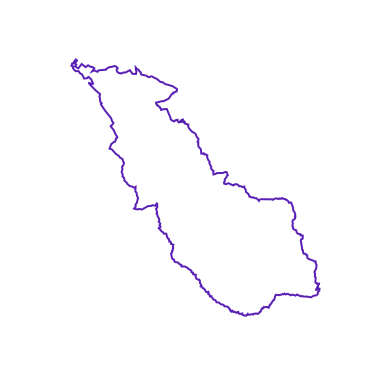 Gura Calitei, Vrancea, Romania (Natural Earth projection), rotated 194°
{"feature_id": "2599482B12509876512521", "entity_name": "Gura Calitei", "entity_type": "district", "adm_level": 2, "iso_a3": "ROU", "parent_name": "Romania", "parent_adm1": "Vrancea", "projection": "natural_earth1", "projection_center": [26.933, 45.627], "detail": "fine", "context": "isolated", "style": "outline", "palette": "violet", "viewbox_px": 384, "rotation_deg": 194, "n_neighbors": 0, "source": "geoboundaries", "source_scale": "gbopen_adm2", "svg_char_len": 5991}
<svg xmlns="http://www.w3.org/2000/svg" viewBox="0 0 384 384"><g transform="rotate(194 192 192)"><path d="M336.8,292.5L339.0,287.2L339.4,287.3L339.4,285.2L337.9,285.1L337.3,283.2L335.1,281.6L333.7,281.2L331.7,281.8L331.0,281.6L329.5,280.2L327.0,279.4L324.1,276.0L321.2,277.1L320.6,278.4L320.1,278.7L316.7,276.6L314.2,273.2L315.3,272.6L318.1,273.0L318.2,272.4L310.8,267.7L304.9,264.7L304.9,262.0L304.2,261.2L302.8,257.3L301.2,256.3L301.7,255.6L301.5,254.9L295.9,249.8L288.3,244.0L286.6,241.3L284.9,240.0L285.8,237.7L286.8,236.5L286.8,236.1L283.2,233.3L279.7,229.0L278.0,227.6L277.7,226.6L278.8,225.5L278.5,223.7L278.9,222.2L279.8,221.7L281.9,219.0L282.5,214.1L280.2,214.0L275.3,210.7L271.7,209.3L270.3,208.0L267.3,207.1L266.4,205.3L265.0,203.7L265.1,201.6L266.0,199.4L265.0,197.5L265.1,194.3L263.4,192.2L263.3,190.6L262.7,189.9L261.7,189.6L260.9,188.5L260.4,186.7L258.0,185.5L256.4,184.0L253.6,182.7L251.0,182.8L249.1,182.1L248.0,183.3L247.1,178.9L245.5,177.7L244.5,175.0L242.7,172.9L243.0,171.6L242.8,168.2L243.6,166.6L243.7,165.7L243.1,164.2L244.2,161.9L242.2,161.7L239.6,162.3L239.2,162.8L236.4,162.9L231.2,167.7L228.4,168.6L226.8,169.7L224.3,169.8L223.4,172.4L223.0,172.3L223.1,171.6L222.3,170.1L222.0,168.6L222.9,167.1L221.2,164.3L220.9,163.3L221.1,162.5L220.3,162.1L219.7,160.4L217.6,158.3L216.9,156.8L217.1,155.0L215.2,153.8L215.1,152.5L215.5,151.9L214.1,150.7L214.5,149.7L215.5,149.1L215.5,148.8L212.8,147.2L212.2,146.5L210.3,145.9L209.4,144.8L206.9,145.3L205.0,141.9L203.7,140.9L203.0,140.8L202.1,138.5L201.4,138.8L200.5,138.3L199.9,136.6L199.1,136.7L197.3,136.2L197.6,135.6L197.2,133.9L196.6,133.2L196.9,132.1L196.6,130.6L197.2,130.0L196.7,128.6L197.5,127.3L195.3,122.9L193.9,122.1L193.1,122.0L192.9,121.3L191.6,120.0L188.4,120.2L187.5,119.3L184.6,118.6L184.6,117.5L183.8,117.2L181.2,118.0L177.6,117.2L176.8,116.5L173.6,115.6L173.4,114.4L172.8,113.9L171.4,114.0L171.0,112.5L168.2,112.5L168.4,111.4L166.8,109.0L164.6,108.4L163.8,108.7L163.0,108.0L162.2,105.6L160.3,103.6L160.7,102.5L158.8,102.0L158.5,101.4L157.1,101.2L155.7,100.2L154.4,98.6L153.0,98.4L152.0,99.1L151.4,98.1L151.5,96.9L150.1,96.6L149.4,95.1L148.0,95.6L147.8,94.8L146.1,93.9L145.4,93.0L143.0,92.6L141.5,90.9L139.3,91.3L136.9,90.1L134.9,90.2L133.6,89.8L132.9,89.0L130.0,89.3L128.5,88.8L127.8,87.8L126.9,87.5L126.1,86.1L124.8,85.4L124.5,85.7L124.8,86.4L124.4,86.7L123.8,86.6L122.8,85.6L121.3,86.1L120.4,85.6L119.1,85.7L118.7,86.6L118.1,86.9L117.1,85.4L115.9,85.3L113.8,86.3L113.5,85.1L110.8,84.8L109.5,85.2L109.4,86.0L108.6,86.1L108.3,87.2L107.6,86.7L106.7,86.7L104.0,88.1L103.1,87.9L102.5,88.9L101.2,89.1L100.5,89.7L98.7,89.6L97.6,90.8L97.2,92.2L96.4,92.6L96.1,95.3L95.4,95.7L95.6,96.4L94.8,96.8L94.4,97.9L93.5,97.8L91.6,98.6L89.6,98.2L89.7,99.5L89.1,100.1L89.1,101.7L88.4,102.2L87.1,106.5L86.2,107.1L86.1,111.3L85.8,112.5L81.8,113.2L79.6,114.8L78.5,114.8L77.8,115.8L76.2,115.3L75.2,116.1L73.9,116.3L71.0,115.7L69.6,116.8L66.5,116.5L65.3,117.9L61.1,117.1L59.9,117.8L58.5,117.5L54.6,118.4L51.6,118.5L50.7,118.9L48.9,120.8L46.3,121.8L45.3,123.5L45.6,125.5L44.6,126.8L44.9,129.0L45.7,128.8L47.4,127.1L48.1,127.2L48.0,127.8L47.3,128.7L47.5,129.9L46.6,130.0L47.1,131.7L47.0,132.7L46.5,133.1L46.6,133.8L48.6,133.2L48.9,133.8L50.2,133.9L50.5,134.4L51.3,139.1L52.3,139.5L52.8,142.5L53.8,143.9L53.6,145.7L53.0,147.1L53.2,149.5L53.5,151.2L54.7,152.7L55.2,154.5L56.5,154.2L57.3,154.7L62.8,155.3L64.3,156.2L65.0,158.6L66.0,158.6L66.8,159.5L68.6,159.2L69.4,159.9L70.4,162.4L71.2,162.8L72.2,165.7L73.4,167.9L73.8,169.6L74.6,170.7L74.7,172.4L73.5,173.2L73.4,174.4L74.1,176.6L76.1,176.1L76.5,177.3L79.4,177.1L80.8,178.4L81.6,180.0L83.9,180.3L85.2,181.0L85.3,182.2L86.4,183.3L86.6,186.1L87.4,187.6L87.4,188.7L85.5,191.4L86.2,192.9L85.8,193.4L86.3,193.9L86.2,194.8L87.7,197.4L89.0,198.3L90.8,202.3L93.3,205.8L95.4,205.0L96.3,206.3L98.1,207.2L98.7,207.1L100.0,207.8L101.1,207.5L103.2,207.9L103.8,206.9L105.4,207.0L106.2,206.1L108.1,206.3L109.9,205.7L111.6,204.0L112.3,204.3L122.9,201.8L125.0,200.6L125.0,199.7L127.7,201.5L130.0,201.2L131.2,201.7L132.4,201.2L135.1,201.4L135.1,202.0L135.9,202.4L136.6,203.6L139.6,205.1L140.4,207.1L142.3,208.9L142.6,209.9L144.0,209.0L145.9,209.5L147.6,209.0L149.0,210.1L151.3,210.3L152.5,209.6L152.7,209.1L153.5,209.0L153.8,208.3L158.6,209.4L160.9,207.8L162.8,207.9L163.3,209.0L162.8,210.4L163.3,212.3L162.2,214.4L162.2,215.7L161.3,216.8L163.1,219.6L164.4,219.5L166.6,217.9L172.4,216.4L173.4,215.3L175.4,214.2L176.2,216.5L176.1,217.5L178.0,218.4L179.3,219.7L179.4,221.0L182.1,224.1L182.3,225.7L184.1,227.1L185.8,229.4L186.0,231.3L187.9,231.9L188.8,231.4L189.1,231.8L189.9,231.7L190.1,232.3L192.3,231.5L193.5,235.0L194.3,236.1L196.7,237.6L197.6,240.0L197.8,241.7L198.7,241.9L198.4,243.9L198.7,245.3L200.7,246.5L202.4,249.0L203.7,249.8L206.8,250.6L210.6,253.3L212.0,255.7L211.9,256.5L215.8,256.8L216.2,257.2L215.8,257.8L216.5,258.6L219.1,257.5L218.2,258.7L218.1,259.9L218.4,260.2L220.2,258.7L220.3,257.8L221.5,256.4L223.0,257.3L223.5,258.6L225.4,257.6L226.5,256.1L229.3,256.8L230.5,257.7L230.9,258.9L236.5,266.4L238.9,265.7L241.7,264.3L241.7,265.1L243.0,265.5L243.9,266.8L245.8,267.2L246.1,267.8L246.9,267.7L248.0,269.0L248.5,270.0L243.4,272.7L241.4,273.4L237.6,276.6L236.9,277.5L235.6,281.4L234.5,283.2L233.9,283.2L234.0,284.0L231.3,285.8L231.5,286.6L231.2,287.7L231.7,288.4L236.6,290.0L244.5,290.3L247.1,291.5L249.1,291.1L253.6,293.3L256.1,293.6L258.1,294.4L259.7,294.3L261.2,293.1L262.3,292.9L264.2,293.8L269.5,293.7L270.3,294.3L270.5,295.5L270.8,295.8L272.3,296.5L273.3,297.6L275.0,298.0L276.7,299.2L276.2,297.5L275.0,295.2L275.0,292.9L278.5,292.3L281.7,295.2L285.5,291.8L286.9,291.6L289.5,289.8L290.7,290.0L291.5,289.6L293.8,290.7L294.2,291.3L294.8,292.9L294.0,293.9L294.3,294.3L295.6,295.2L297.6,295.6L299.7,294.2L302.5,293.1L304.9,290.8L305.0,289.9L312.1,287.4L312.7,285.8L316.4,286.3L318.0,285.0L316.7,288.4L318.9,289.2L320.5,288.9L323.5,289.8L325.4,287.4L330.0,289.5L332.2,284.5L335.9,285.6L335.1,287.7L336.9,288.3L335.4,291.7L336.8,292.5Z" fill="none" stroke="#5b21b6" stroke-width="2"/></g></svg>